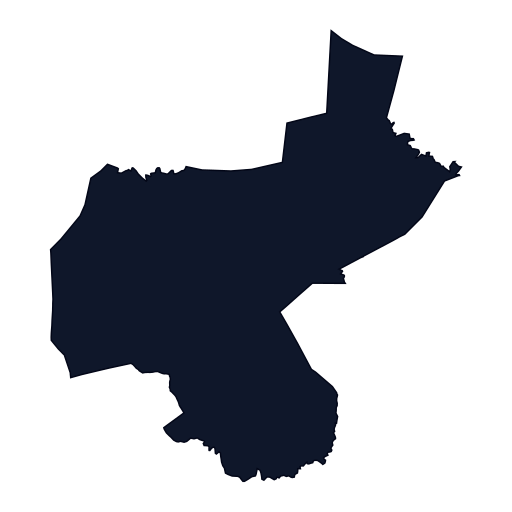 outline of Cosoltepec, Oaxaca, Mexico
{"feature_id": "50627088B93922556769206", "entity_name": "Cosoltepec", "entity_type": "district", "adm_level": 2, "iso_a3": "MEX", "parent_name": "Mexico", "parent_adm1": "Oaxaca", "projection": "albers", "projection_center": [-97.794, 18.142], "detail": "fine", "context": "isolated", "style": "filled", "palette": "ink", "viewbox_px": 512, "rotation_deg": 0, "n_neighbors": 0, "source": "geoboundaries", "source_scale": "gbopen_adm2", "svg_char_len": 5074}
<svg xmlns="http://www.w3.org/2000/svg" viewBox="0 0 512 512"><path d="M345.2,283.3L344.3,281.9L344.0,280.5L343.5,278.9L343.4,278.2L344.1,277.2L344.4,276.2L344.3,275.4L343.9,275.1L343.1,274.8L341.8,274.3L340.5,274.0L340.5,273.7L341.1,273.2L341.8,272.2L342.5,271.5L342.4,271.0L342.2,270.7L340.9,270.2L340.2,269.9L339.7,269.1L339.3,269.0L363.0,256.4L362.8,256.8L363.3,256.6L363.5,256.1L378.8,248.0L393.5,240.2L397.5,238.0L398.3,237.5L399.5,236.8L404.8,234.2L422.0,217.0L444.5,181.0L458.1,175.7L459.5,175.5L459.1,174.7L457.9,174.6L456.0,175.1L456.1,173.5L458.5,171.0L461.4,167.0L458.5,166.3L454.2,162.1L454.7,161.6L453.1,161.7L449.8,166.7L450.3,169.5L449.6,171.7L443.9,167.4L443.3,166.2L441.2,166.4L439.5,163.4L437.7,162.7L435.2,162.3L434.0,159.6L432.8,158.4L432.9,157.7L432.4,156.4L428.8,156.1L429.5,152.5L428.8,152.3L426.5,152.8L425.9,156.1L421.5,154.4L418.1,157.6L415.9,157.7L418.5,154.1L419.4,152.2L418.6,150.1L417.9,149.7L414.1,148.9L412.1,148.9L411.1,147.6L410.9,146.9L410.2,145.6L407.4,144.7L407.8,141.5L410.5,140.5L413.0,140.3L414.1,140.0L413.4,138.7L410.8,138.6L409.9,138.0L409.2,134.1L404.2,133.4L396.6,136.3L395.7,136.2L395.0,135.6L395.9,133.4L393.0,132.6L392.3,129.3L390.8,129.0L391.5,127.3L394.2,123.1L393.9,122.4L392.9,122.9L391.6,124.4L390.4,123.4L389.2,120.6L388.3,120.1L386.4,117.8L393.9,90.4L398.9,70.2L402.4,56.2L374.1,55.0L367.8,52.2L352.5,45.3L341.3,38.6L331.2,30.7L326.7,113.3L311.7,116.9L293.4,121.5L287.0,123.1L282.4,162.4L280.6,162.8L251.7,169.4L230.9,171.0L211.5,170.3L202.2,170.0L192.2,167.9L187.0,166.8L186.1,166.6L185.3,168.6L183.9,170.5L181.7,170.8L178.9,172.6L176.8,173.5L175.1,173.9L173.8,173.7L173.2,170.9L172.9,170.4L171.4,170.5L168.3,173.6L167.1,174.2L163.8,173.3L162.0,173.0L160.7,172.5L159.8,168.6L159.2,167.8L157.8,167.8L156.8,168.5L156.0,169.9L155.3,172.8L151.4,173.3L150.8,173.6L150.6,173.9L151.1,175.3L150.6,176.5L150.4,176.6L148.7,175.7L146.8,175.1L145.8,175.1L145.9,177.4L146.9,180.3L146.2,181.1L144.3,179.7L142.3,178.1L138.2,174.0L136.1,170.9L133.9,168.7L132.8,167.8L132.0,168.1L131.6,169.5L130.9,171.0L128.5,169.6L127.1,170.6L126.2,170.6L121.4,173.2L117.5,172.7L118.3,168.7L117.4,168.0L107.5,164.3L100.8,171.0L90.9,178.2L89.3,185.4L85.0,204.8L80.1,215.9L60.9,239.2L59.9,240.2L50.6,249.6L50.9,253.1L51.3,263.3L52.7,292.3L53.0,299.2L52.8,303.6L52.8,305.8L52.7,308.8L52.7,310.4L52.1,320.2L51.9,325.8L51.4,332.3L51.3,334.3L51.2,337.2L51.3,340.3L58.4,349.0L60.5,351.1L63.6,354.3L64.1,354.3L70.3,372.8L70.4,374.5L70.6,376.3L70.7,377.6L81.8,374.5L101.1,369.9L109.2,368.0L131.0,363.3L133.0,364.5L134.7,366.3L136.2,368.1L137.5,369.0L138.4,369.5L139.1,370.6L140.1,371.3L141.6,372.2L142.7,372.9L144.0,372.6L145.6,372.4L148.2,372.3L149.8,372.4L152.9,372.1L155.0,371.6L157.8,371.5L160.1,372.5L161.9,373.2L163.1,373.6L164.3,373.8L166.0,373.7L169.3,374.3L169.5,375.9L170.1,377.2L170.4,379.3L170.0,380.7L169.7,382.1L169.7,383.5L169.8,385.5L169.4,387.2L170.2,389.1L170.3,390.8L171.9,392.1L173.3,393.6L174.7,395.0L176.0,396.7L177.1,399.2L178.3,401.7L178.9,403.5L179.4,405.4L180.5,407.3L181.3,408.4L184.0,412.9L166.5,425.7L163.8,427.7L164.2,429.0L165.2,430.8L166.4,432.8L167.9,434.3L169.5,435.9L170.8,437.0L173.7,440.1L176.5,441.6L178.3,441.9L180.5,441.3L184.1,442.2L186.7,441.4L188.9,439.6L190.6,438.1L194.0,438.8L197.3,437.9L199.6,439.5L201.9,440.3L204.1,440.9L204.6,441.9L203.9,442.7L203.3,443.5L204.1,445.5L207.5,445.7L208.7,446.2L209.1,447.1L209.0,449.2L209.1,450.4L209.8,450.5L210.8,449.2L211.6,448.2L213.0,447.3L214.2,447.2L215.0,448.5L215.4,453.3L216.4,454.0L219.0,451.8L220.4,452.9L220.8,456.7L221.2,459.0L221.6,462.1L222.8,465.7L224.4,468.1L225.5,473.1L228.0,474.4L232.1,476.0L237.7,476.3L239.7,477.2L241.5,479.6L242.9,481.3L244.5,481.3L247.9,479.3L251.8,476.7L255.4,475.9L256.1,474.1L257.2,468.6L260.0,470.2L261.0,473.0L261.4,475.1L261.7,477.0L261.9,479.2L263.9,480.2L266.7,477.2L267.9,476.9L270.0,477.2L271.8,478.3L274.2,479.7L276.1,478.8L276.8,477.3L278.0,477.4L279.1,477.9L280.6,476.1L282.2,475.7L283.9,475.3L285.2,475.9L286.3,476.4L288.8,475.8L290.9,477.1L292.2,477.5L294.3,477.1L294.5,475.6L295.0,474.3L297.4,473.0L297.7,471.2L297.8,468.7L300.4,468.7L300.0,466.8L300.8,465.9L303.4,465.9L304.9,464.0L307.0,462.1L307.4,463.7L308.8,463.9L310.7,463.2L312.7,462.7L313.3,461.0L314.1,460.5L314.9,460.3L316.5,460.3L317.9,460.6L318.9,461.3L320.6,462.5L322.0,463.6L322.8,464.4L324.8,463.1L325.3,461.6L325.5,460.2L324.1,459.3L323.6,457.7L325.1,456.5L327.9,455.2L327.1,453.6L328.2,452.1L329.8,452.0L331.2,451.5L331.8,450.1L330.8,448.2L331.3,447.2L332.8,445.1L332.3,443.2L332.3,442.1L333.4,440.3L335.5,438.7L335.4,437.3L334.6,435.3L333.4,432.7L334.6,431.5L334.1,429.2L334.5,427.5L335.1,426.2L335.6,424.7L335.3,423.1L336.5,423.2L336.9,420.3L337.3,418.2L337.6,416.5L336.4,414.1L335.9,413.0L336.1,411.2L336.2,409.9L336.2,407.6L337.1,405.7L337.2,403.2L336.6,400.8L336.7,398.3L337.2,396.5L337.5,395.0L336.9,394.1L336.6,392.7L332.4,386.6L330.3,384.8L315.5,372.1L311.4,369.4L305.1,357.6L297.8,343.9L286.8,324.2L279.7,311.9L285.7,306.7L297.5,296.2L312.3,283.2L320.2,283.2L336.8,283.3L345.2,283.3Z" fill="#0f172a" stroke="#020617" stroke-width="1.5"/></svg>